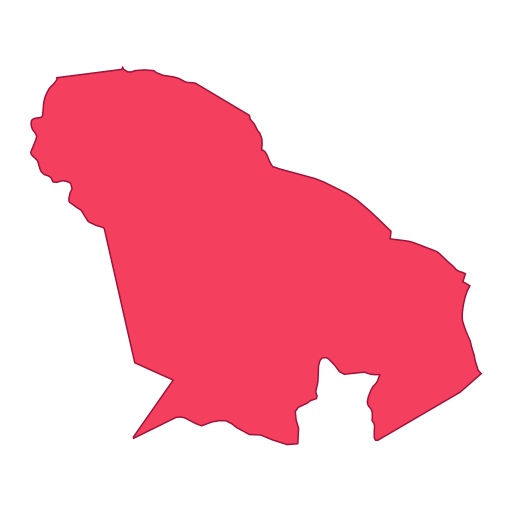 the district of Anse Canot, Dennery, Saint Lucia
{"feature_id": "8701671B96841263270820", "entity_name": "Anse Canot", "entity_type": "district", "adm_level": 2, "iso_a3": "LCA", "parent_name": "Saint Lucia", "parent_adm1": "Dennery", "projection": "natural_earth1", "projection_center": [-60.908, 13.909], "detail": "fine", "context": "isolated", "style": "filled", "palette": "rose", "viewbox_px": 512, "rotation_deg": 0, "n_neighbors": 0, "source": "geoboundaries", "source_scale": "gbopen_adm2", "svg_char_len": 5407}
<svg xmlns="http://www.w3.org/2000/svg" viewBox="0 0 512 512"><path d="M465.0,273.5L462.5,272.4L459.3,271.5L456.1,269.5L453.3,266.4L447.9,261.7L439.7,253.8L438.1,252.4L436.3,251.4L425.5,247.2L412.9,242.4L408.8,241.3L405.5,240.8L396.9,239.7L390.2,238.9L391.0,231.3L379.4,220.0L369.7,210.9L357.2,200.2L346.6,193.3L336.9,188.5L324.4,182.3L315.5,178.7L298.0,173.9L280.2,169.1L276.4,167.8L274.7,167.1L272.8,166.9L270.9,163.9L269.5,161.2L267.2,155.5L265.3,152.1L263.4,150.4L261.7,150.1L261.7,149.7L262.1,144.0L261.9,139.0L260.8,135.8L259.8,133.1L257.7,130.7L254.3,124.0L250.1,119.1L249.5,115.4L195.3,83.1L191.4,82.7L187.7,82.4L186.0,82.2L179.0,78.5L174.0,77.0L163.0,75.3L156.3,72.6L153.8,70.6L144.3,69.9L135.1,70.6L131.5,71.9L127.9,71.9L123.7,69.4L122.7,67.4L121.7,69.4L56.8,77.7L57.0,78.2L57.0,78.7L57.0,79.0L56.9,79.6L56.6,80.0L56.4,80.4L56.0,81.0L55.7,81.3L55.5,81.6L55.3,81.9L54.9,82.4L54.4,83.0L54.1,83.3L53.9,83.7L53.5,84.1L53.1,84.4L52.9,84.7L52.4,85.1L51.8,85.7L51.5,86.1L51.0,86.5L50.4,87.1L50.1,87.6L49.7,88.0L49.1,88.7L48.9,89.0L48.6,89.6L48.4,89.9L48.2,90.4L47.9,90.8L47.6,91.3L47.1,92.4L46.9,92.9L46.8,93.2L46.4,93.8L46.3,94.2L46.1,94.5L45.9,95.0L45.7,95.5L45.5,96.0L45.4,96.3L45.2,96.7L45.1,97.1L45.0,97.6L44.9,98.1L44.7,98.5L44.6,98.9L44.5,99.4L44.3,100.1L44.2,100.6L44.0,101.3L43.9,101.7L43.9,102.1L43.8,102.5L43.7,103.1L43.6,103.9L43.5,104.3L43.5,104.8L43.4,105.3L43.4,106.0L43.4,106.6L43.3,107.1L43.3,107.7L43.3,108.1L43.2,108.5L43.2,109.0L43.2,109.3L43.1,109.7L43.1,110.2L43.0,110.7L43.0,111.2L43.0,111.7L42.9,112.0L42.8,112.5L42.8,112.8L42.8,113.3L42.8,113.9L42.8,114.3L42.6,114.7L42.6,115.1L42.5,115.7L42.4,116.1L42.1,116.4L41.8,116.8L41.2,117.3L40.7,117.3L40.4,117.5L40.1,117.7L39.7,117.7L39.3,117.7L38.8,117.7L38.5,117.7L38.2,117.7L37.7,117.9L37.0,118.0L36.7,118.0L36.3,118.1L35.8,118.2L35.3,118.2L34.9,118.4L34.5,118.5L34.1,118.7L33.6,118.9L33.3,119.0L33.1,119.1L32.6,119.4L32.3,119.6L32.0,120.1L31.7,120.4L31.5,120.9L31.3,121.4L31.3,121.8L31.2,122.5L31.1,122.9L31.1,123.4L31.1,123.7L31.2,124.0L31.2,124.5L31.2,125.0L31.3,125.6L31.4,126.1L31.6,127.0L31.7,127.3L32.0,128.1L32.1,128.3L32.2,128.7L32.4,129.2L32.7,129.6L32.8,129.9L33.1,130.3L33.4,130.6L33.6,131.0L34.0,131.5L34.3,131.8L34.7,132.2L34.9,132.4L35.2,133.1L35.4,133.4L35.7,133.9L35.9,134.3L36.1,134.6L36.2,134.9L36.3,135.2L36.5,135.6L36.6,135.9L36.7,136.6L36.6,136.9L36.4,137.5L36.2,138.2L36.1,138.7L36.0,139.0L35.9,139.4L35.6,140.3L35.3,141.1L35.1,141.6L35.0,141.9L34.9,142.2L34.7,142.7L34.5,143.0L34.2,143.9L34.0,144.3L33.7,144.9L33.6,145.3L33.4,145.9L33.0,146.7L32.8,147.1L32.5,148.0L32.3,148.4L32.1,148.8L32.0,149.2L31.4,150.5L31.2,151.2L30.9,152.0L30.7,152.5L30.7,152.8L31.0,153.5L31.3,154.2L31.5,154.6L31.8,154.9L31.9,155.1L32.4,155.7L33.1,156.4L33.7,157.0L34.2,157.5L34.8,157.9L35.2,158.3L35.5,158.6L35.8,159.0L36.1,159.3L36.6,159.7L36.9,160.0L37.2,160.4L37.5,160.9L37.8,161.7L38.1,162.2L38.2,162.7L38.4,163.2L38.4,163.6L38.6,164.1L38.6,164.6L38.7,164.9L38.8,165.2L39.1,165.9L39.2,166.3L39.3,166.7L39.4,167.1L39.6,167.6L39.7,168.0L39.9,168.8L40.0,169.0L40.3,169.6L40.4,169.9L40.7,170.6L40.9,171.0L41.1,171.5L41.4,171.9L41.8,172.3L42.2,172.7L42.6,173.1L43.0,173.4L43.3,173.7L43.5,173.9L43.7,174.1L44.0,174.3L44.3,174.5L44.8,174.8L45.2,174.9L45.8,175.0L46.1,175.2L46.9,175.4L47.2,175.5L47.6,175.6L48.3,175.9L48.6,176.1L49.0,176.3L49.4,176.6L49.9,176.9L50.3,177.2L50.6,177.5L51.0,177.9L51.2,178.3L51.4,178.6L51.7,179.1L51.8,179.5L51.9,179.8L52.1,180.2L52.3,180.5L52.4,180.8L52.7,181.4L53.0,181.8L53.3,182.0L53.7,182.1L54.1,182.1L54.4,182.2L54.8,182.2L55.2,182.2L55.6,182.2L55.9,182.2L56.3,182.3L56.5,182.3L57.0,182.1L57.4,182.1L58.3,181.9L58.9,181.7L59.3,181.6L59.6,181.5L60.0,181.4L60.7,181.2L61.0,181.1L61.4,181.0L62.0,180.9L62.7,180.8L63.0,180.8L63.3,180.8L64.1,181.0L64.5,180.9L64.9,181.1L65.3,181.1L65.6,181.1L66.2,181.3L66.7,181.5L67.2,181.7L67.7,181.7L67.9,181.9L68.3,182.0L68.6,182.2L69.1,182.5L69.8,182.8L70.7,183.3L71.2,185.3L72.0,188.8L71.2,190.6L70.0,193.2L69.8,194.4L69.0,197.5L68.9,199.5L68.9,200.6L69.5,202.2L74.4,205.7L75.4,206.5L75.7,206.7L78.2,208.4L80.9,210.0L81.1,210.3L81.7,211.2L84.4,215.5L88.2,221.5L91.3,223.2L93.7,224.2L95.5,225.2L99.2,226.3L103.2,227.5L104.3,228.7L134.8,362.8L173.2,380.1L133.4,437.0L133.5,438.3L133.8,438.2L176.0,417.4L180.7,417.0L184.6,417.8L196.0,423.7L201.7,425.8L211.7,422.0L218.9,420.7L225.7,420.7L231.7,423.7L236.4,427.4L249.3,434.5L260.7,435.0L272.8,440.0L287.1,444.6L297.8,443.7L298.6,428.3L296.1,419.9L295.3,411.5L298.2,407.4L307.1,403.2L310.4,400.7L316.4,398.6L317.1,396.1L315.7,391.9L317.9,381.9L318.6,365.6L320.0,360.5L322.1,358.0L326.1,357.6L328.6,358.9L335.0,365.6L339.6,371.8L344.3,374.3L355.0,373.1L364.3,372.2L370.7,374.3L375.4,374.7L379.9,374.6L377.3,381.4L376.2,383.1L372.9,386.7L370.8,390.5L368.3,396.9L367.4,401.5L367.5,403.5L368.4,405.8L371.1,409.2L372.2,412.2L372.3,417.0L372.0,420.3L372.8,421.8L374.0,423.4L374.5,426.0L374.3,430.5L374.2,437.0L374.5,438.5L375.5,440.2L377.0,440.3L377.6,440.4L460.1,392.2L480.6,374.2L481.3,373.6L480.0,372.4L478.1,370.1L477.1,366.9L475.1,360.5L474.1,355.0L472.7,350.6L471.4,346.1L470.3,341.1L469.1,338.5L466.9,333.5L464.6,327.5L462.6,321.2L462.3,318.3L462.2,314.7L462.9,307.8L463.7,303.2L465.2,296.8L467.3,290.8L469.9,285.8L469.0,285.3L468.7,285.1L467.4,284.3L465.0,282.9L463.7,282.2L463.1,281.8L462.8,281.8L463.0,281.1L463.3,280.5L465.3,274.1L465.4,273.7L465.0,273.5Z" fill="#f43f5e" stroke="#9f1239" stroke-width="1.5"/></svg>